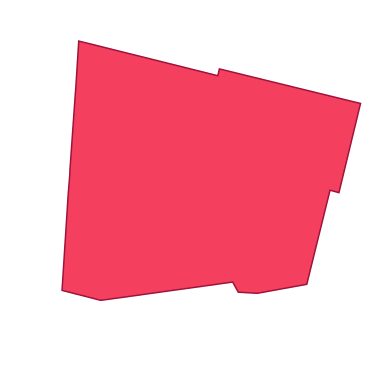 outline of Haralson, Georgia, United States of America, rotated 13°
{"feature_id": "52423323B68344767705299", "entity_name": "Haralson", "entity_type": "district", "adm_level": 2, "iso_a3": "USA", "parent_name": "United States of America", "parent_adm1": "Georgia", "projection": "mercator", "projection_center": [-85.207, 33.779], "detail": "fine", "context": "isolated", "style": "filled", "palette": "rose", "viewbox_px": 384, "rotation_deg": 13, "n_neighbors": 0, "source": "geoboundaries", "source_scale": "gbopen_adm2", "svg_char_len": 408}
<svg xmlns="http://www.w3.org/2000/svg" viewBox="0 0 384 384"><g transform="rotate(13 192 192)"><path d="M47.7,70.4L55.2,115.8L56.0,121.2L68.0,197.3L69.1,203.2L71.7,221.0L87.5,317.1L127.5,318.1L251.9,270.6L259.6,279.2L278.5,276.0L324.6,256.1L325.6,191.3L326.1,159.2L335.3,159.6L335.5,142.6L336.3,67.8L325.0,67.7L191.0,65.9L191.0,72.9L47.7,70.4Z" fill="#f43f5e" stroke="#9f1239" stroke-width="1.5"/></g></svg>